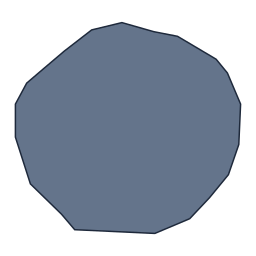 Nakhchivan City, Naxçıvan, Azerbaijan
{"feature_id": "54616110B79262118902245", "entity_name": "Nakhchivan City", "entity_type": "district", "adm_level": 2, "iso_a3": "AZE", "parent_name": "Azerbaijan", "parent_adm1": "Naxçıvan", "projection": "natural_earth1", "projection_center": [45.413, 39.213], "detail": "fine", "context": "isolated", "style": "filled", "palette": "slate", "viewbox_px": 256, "rotation_deg": 0, "n_neighbors": 0, "source": "geoboundaries", "source_scale": "gbopen_adm2", "svg_char_len": 388}
<svg xmlns="http://www.w3.org/2000/svg" viewBox="0 0 256 256"><path d="M143.3,28.7L121.9,22.6L91.7,29.9L64.4,51.0L44.6,67.8L26.7,83.1L15.4,104.1L15.4,137.1L30.4,183.9L61.5,214.2L74.7,229.7L154.3,233.4L154.9,233.4L189.7,218.7L209.5,197.7L228.4,174.7L238.8,144.5L240.6,104.1L227.4,73.0L216.1,59.2L177.5,36.3L153.9,31.7L143.3,28.7Z" fill="#64748b" stroke="#1e293b" stroke-width="1.5"/></svg>